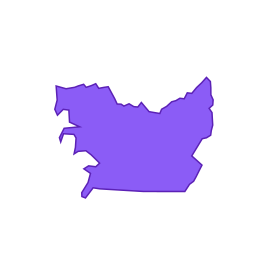 Taquaruçu do Sul, Rio Grande do Sul, Brazil (Equal Earth projection), rotated 29°
{"feature_id": "56859067B25773622943364", "entity_name": "Taquaruçu do Sul", "entity_type": "district", "adm_level": 2, "iso_a3": "BRA", "parent_name": "Brazil", "parent_adm1": "Rio Grande do Sul", "projection": "equal_earth", "projection_center": [-53.496, -27.405], "detail": "fine", "context": "isolated", "style": "filled", "palette": "violet", "viewbox_px": 256, "rotation_deg": 29, "n_neighbors": 0, "source": "geoboundaries", "source_scale": "gbopen_adm2", "svg_char_len": 1114}
<svg xmlns="http://www.w3.org/2000/svg" viewBox="0 0 256 256"><g transform="rotate(29 128 128)"><path d="M132.8,194.9L172.5,175.9L208.5,156.0L209.1,147.4L211.2,142.8L211.2,137.6L210.9,131.0L210.7,124.6L197.3,121.5L198.1,101.4L201.4,98.5L203.8,94.2L202.1,89.9L200.7,84.4L197.9,80.0L194.0,73.8L189.4,71.5L191.0,66.8L188.8,62.1L184.4,58.8L180.9,52.6L177.5,47.4L172.1,45.7L170.5,52.8L168.4,59.4L167.0,66.8L162.8,68.5L163.0,75.2L159.0,76.8L156.6,80.9L153.5,83.9L151.3,90.4L148.3,95.3L148.8,99.9L138.5,103.5L127.3,99.2L126.4,104.9L122.7,106.5L117.2,106.3L113.8,110.8L110.4,110.5L106.9,112.3L102.1,108.8L90.7,101.5L87.3,104.1L83.2,107.5L78.3,104.9L75.4,108.7L71.7,112.7L68.0,111.3L64.1,115.3L61.7,118.2L54.8,123.7L44.8,126.1L52.5,137.9L54.9,147.1L60.1,151.0L62.3,143.1L67.6,141.0L74.0,151.2L85.1,150.4L72.3,159.2L72.7,169.7L75.9,172.8L74.4,164.3L83.8,159.8L87.4,161.9L91.4,170.4L93.4,176.8L95.7,172.6L102.2,168.3L108.8,169.3L120.2,172.5L118.6,177.5L111.9,180.2L109.2,185.1L117.2,185.9L119.5,195.1L118.9,207.0L120.9,210.3L124.7,209.8L126.5,197.2L132.8,194.9Z" fill="#8b5cf6" stroke="#5b21b6" stroke-width="1.5"/></g></svg>